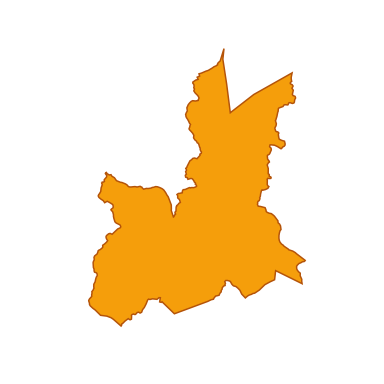 the district of Hueytlalpan, Puebla, Mexico, rotated 340°
{"feature_id": "50627088B78446998147057", "entity_name": "Hueytlalpan", "entity_type": "district", "adm_level": 2, "iso_a3": "MEX", "parent_name": "Mexico", "parent_adm1": "Puebla", "projection": "mercator", "projection_center": [-97.68, 20.051], "detail": "fine", "context": "isolated", "style": "filled", "palette": "amber", "viewbox_px": 384, "rotation_deg": 340, "n_neighbors": 0, "source": "geoboundaries", "source_scale": "gbopen_adm2", "svg_char_len": 6074}
<svg xmlns="http://www.w3.org/2000/svg" viewBox="0 0 384 384"><g transform="rotate(340 192 192)"><path d="M271.1,68.2L263.3,78.5L260.8,79.5L259.6,80.6L259.6,81.2L257.7,81.7L255.6,81.8L253.5,82.4L248.8,83.3L246.5,83.2L241.5,83.5L239.0,83.3L238.8,85.7L236.1,85.9L236.3,88.3L233.8,88.1L230.4,89.0L230.0,90.0L230.5,91.6L230.2,93.2L229.3,94.7L229.6,96.0L228.3,97.6L228.8,99.9L230.4,103.4L230.8,105.6L230.5,106.5L229.5,107.3L229.2,108.1L226.4,107.7L223.8,106.4L222.2,106.6L220.2,107.5L218.4,108.6L216.0,111.1L215.3,114.3L214.0,115.3L212.5,117.0L212.5,117.8L212.2,118.6L212.2,120.2L212.7,122.1L213.1,124.8L213.1,126.2L213.7,128.0L212.9,128.8L212.0,130.3L211.0,131.3L210.8,132.0L211.1,133.1L211.8,134.6L212.7,137.0L213.1,139.4L212.0,141.6L212.5,144.0L213.5,145.6L213.8,147.7L214.3,148.0L214.7,149.2L214.5,152.6L214.7,153.4L214.2,155.0L214.2,156.4L214.6,157.6L213.9,158.8L212.3,159.2L212.2,160.1L211.9,160.4L208.1,162.4L205.9,160.9L205.2,160.8L204.1,160.7L202.9,161.4L200.7,162.0L196.1,166.3L195.5,167.1L194.3,167.6L194.1,167.9L194.4,168.4L194.4,169.3L194.1,169.9L193.0,170.6L192.8,173.4L191.7,173.8L191.4,174.1L191.1,175.9L192.5,177.0L192.5,178.7L195.7,178.9L196.9,179.8L197.6,182.3L197.6,183.4L198.2,184.3L198.3,184.9L197.8,185.6L198.1,185.8L198.4,188.0L197.4,188.5L195.1,188.5L193.2,187.7L191.9,187.6L191.5,187.1L190.8,187.0L186.5,187.3L184.5,186.8L183.3,187.8L182.6,189.4L179.7,189.0L178.7,188.7L177.0,189.2L177.3,190.8L176.7,192.0L176.6,192.9L177.6,194.8L177.5,197.8L175.7,198.2L174.6,199.0L172.9,199.6L172.7,200.3L172.1,200.5L171.8,201.1L170.4,204.5L169.6,204.8L168.9,205.6L168.8,206.1L169.0,207.1L168.1,207.5L166.5,209.0L166.0,209.1L166.2,202.1L166.8,201.0L168.1,197.1L168.0,188.4L167.4,186.2L167.0,183.4L166.1,180.3L164.9,178.5L163.3,176.9L161.5,175.4L159.8,174.5L157.3,174.4L156.1,174.1L155.5,174.3L154.2,174.2L151.9,173.7L150.3,173.0L147.5,172.8L146.6,171.0L146.5,170.2L146.0,169.9L145.2,168.9L141.9,168.5L141.1,167.8L139.6,167.2L136.3,166.4L134.7,165.7L134.0,164.9L133.3,163.0L132.1,161.5L129.3,159.0L128.2,158.5L124.9,155.5L124.0,152.1L122.1,149.7L121.8,148.0L120.1,147.7L118.5,145.7L118.2,144.3L117.5,144.4L116.9,145.0L117.5,147.5L116.7,148.8L113.9,150.3L113.5,150.8L113.4,152.0L112.4,152.4L111.0,152.0L110.6,152.7L110.2,152.7L110.1,154.5L108.0,157.1L106.4,160.3L104.5,161.9L103.4,162.6L102.7,163.3L102.5,164.2L102.7,165.3L104.0,167.6L105.6,169.7L106.3,172.2L109.1,171.7L110.8,173.5L112.9,176.2L113.3,177.3L112.8,179.3L112.4,179.8L109.9,180.7L109.8,181.1L109.9,181.8L110.4,182.7L110.7,183.7L110.4,186.6L109.9,187.9L109.6,189.7L109.4,193.2L109.5,194.0L110.2,195.3L112.8,198.0L113.2,198.7L113.2,200.2L112.8,200.8L112.2,201.1L109.6,201.3L102.5,204.4L100.9,202.9L100.1,202.8L99.2,202.8L97.0,203.6L96.3,204.1L95.8,204.8L95.6,206.6L96.1,208.9L94.5,209.9L91.9,211.0L90.1,211.4L89.7,211.8L89.4,213.2L88.4,213.9L86.0,214.7L84.5,214.8L83.6,215.2L83.1,216.1L81.7,217.7L78.6,218.8L77.5,220.0L77.2,221.6L76.6,222.7L75.7,223.4L74.9,224.6L73.5,229.3L73.6,230.8L73.0,232.8L73.0,234.0L74.5,235.2L74.8,236.2L74.6,237.6L74.0,238.5L73.0,239.2L71.7,240.9L70.3,243.2L68.2,245.1L67.2,247.6L67.0,248.9L66.3,249.4L65.8,250.1L63.8,251.4L63.5,252.8L62.5,254.3L62.1,255.8L59.1,257.4L57.9,258.5L57.7,259.2L57.6,261.3L57.2,262.8L57.5,264.3L59.1,267.4L60.7,269.8L63.9,276.6L69.5,279.5L73.0,282.5L74.6,284.8L79.5,293.7L80.3,293.1L80.8,292.0L81.9,291.8L85.1,290.3L88.8,289.2L89.4,290.2L90.1,290.9L91.6,290.8L92.6,288.5L92.9,287.2L93.6,286.7L95.2,286.6L96.2,287.5L97.1,287.7L99.3,286.5L100.8,286.7L101.8,288.0L103.5,287.8L105.3,285.7L107.7,284.2L110.7,281.4L113.4,278.3L114.5,277.8L115.7,278.6L118.4,278.9L122.4,280.9L124.9,280.0L126.1,280.5L124.0,284.2L125.4,285.2L126.3,284.9L133.8,300.4L169.4,300.2L173.0,299.8L175.5,300.1L175.8,299.6L178.5,297.9L182.1,298.3L183.6,296.7L185.3,295.8L185.8,294.5L187.1,293.6L187.6,292.4L189.5,291.2L191.1,291.2L191.1,290.6L192.2,289.3L192.1,287.4L193.4,286.7L194.9,287.2L196.9,288.5L197.5,289.6L197.9,292.2L198.5,293.7L198.9,294.4L201.0,295.9L202.2,298.0L203.4,300.7L203.8,304.9L205.9,309.8L208.8,308.7L210.6,308.4L213.0,308.5L214.4,308.2L216.3,308.5L221.7,307.2L228.8,304.0L234.9,303.1L239.6,302.7L243.7,294.5L264.1,315.8L264.6,313.3L265.3,311.6L265.0,307.7L265.9,305.5L265.7,304.6L264.9,303.6L264.2,301.2L264.1,300.1L264.7,298.0L265.5,297.0L268.0,295.8L270.2,295.7L272.2,295.3L273.4,295.7L274.3,295.5L275.0,295.0L268.8,285.3L268.5,284.5L266.5,282.0L263.2,279.4L263.1,278.8L260.0,274.5L259.4,273.0L258.3,271.5L257.5,269.0L257.5,267.1L257.9,265.1L258.9,262.5L260.1,260.4L261.4,258.6L262.8,257.7L263.6,254.1L263.3,252.0L262.5,250.7L262.5,249.6L262.9,248.6L261.2,242.9L260.1,240.9L259.1,239.4L257.2,238.3L255.7,236.8L255.1,235.8L255.4,233.8L255.3,231.7L251.4,229.0L249.4,228.0L249.2,226.2L249.8,225.3L250.0,224.4L250.8,223.4L252.2,223.1L253.1,222.1L253.6,221.4L253.6,220.6L254.7,219.5L255.8,217.3L257.7,214.5L258.6,214.0L259.1,214.5L261.9,214.8L264.6,214.5L266.1,213.2L265.5,212.3L265.2,210.9L266.9,206.4L266.9,205.7L268.0,205.1L268.8,205.6L270.6,206.2L271.1,205.9L271.3,205.2L271.1,204.7L270.0,203.7L270.5,202.2L270.5,201.8L269.9,201.0L270.0,200.5L271.7,196.0L271.9,192.3L273.5,190.9L275.0,190.3L275.1,189.5L274.3,187.0L275.1,183.8L275.6,183.3L277.4,183.0L278.2,182.5L280.9,179.6L281.3,177.9L280.4,176.0L281.3,174.5L282.2,174.6L285.6,176.3L287.8,178.5L290.4,181.8L291.0,181.8L292.5,180.8L294.4,180.5L295.5,179.7L296.0,178.5L296.3,175.9L294.0,174.2L292.1,172.3L292.1,170.8L292.7,167.9L293.0,167.0L293.7,166.4L293.7,165.9L293.1,164.8L292.1,164.3L291.5,163.4L291.6,160.7L291.8,160.1L293.6,158.5L294.6,156.8L294.8,153.4L295.3,153.1L297.7,149.9L299.9,146.3L300.5,145.7L301.6,143.3L302.3,142.8L306.7,142.8L308.3,141.7L308.7,141.7L309.1,141.7L311.7,142.9L312.0,142.9L313.5,141.4L314.6,141.5L316.4,143.0L316.9,143.2L318.2,143.2L318.9,142.6L320.1,140.4L321.5,139.1L321.6,137.8L321.5,137.3L319.9,135.9L319.7,134.6L322.0,131.0L321.4,128.7L323.1,127.2L323.2,126.7L322.8,125.4L321.5,124.0L321.5,123.3L322.0,122.7L323.5,122.2L323.9,119.8L324.5,118.1L326.8,114.3L283.4,121.5L255.1,130.6L261.5,102.3L266.4,77.8L271.1,68.2Z" fill="#f59e0b" stroke="#b45309" stroke-width="1.5"/></g></svg>